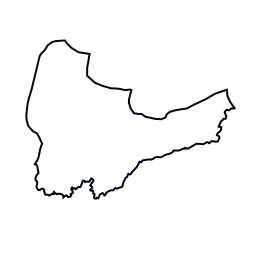 the district of Zota, Bong, Liberia, rotated 188°
{"feature_id": "62588387B17056544161092", "entity_name": "Zota", "entity_type": "district", "adm_level": 2, "iso_a3": "LBR", "parent_name": "Liberia", "parent_adm1": "Bong", "projection": "orthographic", "projection_center": [-9.445, 7.274], "detail": "fine", "context": "isolated", "style": "outline", "palette": "ink", "viewbox_px": 256, "rotation_deg": 188, "n_neighbors": 0, "source": "geoboundaries", "source_scale": "gbopen_adm2", "svg_char_len": 3523}
<svg xmlns="http://www.w3.org/2000/svg" viewBox="0 0 256 256"><g transform="rotate(188 128 128)"><path d="M212.0,203.9L215.1,202.5L219.0,198.7L221.3,193.4L223.9,190.1L224.2,189.7L225.5,186.8L226.9,172.5L226.9,172.0L227.9,162.1L228.0,161.4L228.7,153.9L230.2,144.2L230.7,138.4L230.8,137.7L230.7,134.4L230.5,126.3L229.3,121.2L229.2,121.0L226.9,115.9L221.7,111.6L217.3,109.9L214.5,106.3L214.5,106.2L211.8,101.9L210.9,100.9L212.1,94.4L212.2,92.3L212.4,87.9L212.4,87.0L213.2,83.8L215.2,79.2L213.8,78.9L212.3,77.2L212.0,75.6L210.7,72.1L210.4,70.9L211.9,68.6L212.7,65.9L212.3,63.6L211.1,62.8L210.2,61.5L210.4,58.8L210.5,57.3L209.8,55.7L208.0,54.1L206.4,54.4L205.7,55.3L204.6,56.0L203.8,56.0L203.0,55.5L202.5,55.3L202.3,53.5L201.5,52.2L200.9,50.8L200.4,50.4L198.9,50.7L197.7,50.8L196.6,50.1L195.0,51.2L194.6,51.8L194.0,52.2L193.3,52.1L192.3,52.2L192.0,52.9L192.7,53.9L192.4,54.5L191.4,53.7L189.5,52.5L188.5,53.1L187.2,53.2L185.6,53.4L184.6,53.1L183.8,52.8L183.0,52.4L182.6,52.0L182.3,50.3L180.4,52.4L179.2,52.6L177.8,51.3L175.9,51.8L175.0,52.5L174.8,53.2L175.6,54.3L174.7,55.3L173.6,55.8L174.0,57.5L175.6,59.3L175.6,60.4L175.1,61.2L174.0,59.9L173.3,60.7L172.5,61.0L171.3,60.1L169.1,62.6L168.9,62.9L167.7,62.7L166.8,63.0L165.4,69.1L165.0,69.7L163.5,69.4L163.0,68.5L161.6,69.2L160.1,69.2L158.9,69.4L157.9,71.4L157.4,72.9L156.9,72.8L156.4,72.6L155.5,72.1L154.8,71.1L157.4,65.9L155.4,64.7L155.1,64.1L156.8,61.4L155.8,60.7L154.9,61.2L154.5,61.3L154.0,61.1L153.2,58.4L153.2,58.2L152.3,58.0L151.9,57.8L151.9,55.8L151.9,54.4L151.1,53.6L149.9,53.5L148.9,54.7L147.6,54.3L147.0,56.7L146.7,58.1L145.6,58.9L144.4,59.9L143.9,59.9L142.9,59.0L142.1,57.9L141.0,59.1L140.5,60.3L140.5,60.9L138.7,62.5L135.6,64.2L133.9,64.2L132.9,66.2L131.9,66.8L130.9,66.3L126.0,68.7L125.2,69.8L125.2,72.6L124.4,75.3L123.6,77.9L122.1,79.5L121.6,82.0L121.3,82.6L121.0,82.5L119.6,82.2L118.5,83.2L118.0,84.7L113.8,90.7L112.4,94.5L111.8,96.2L110.2,96.0L109.5,97.3L108.8,98.0L108.7,98.0L105.9,98.9L103.2,99.8L101.1,99.9L100.7,99.9L99.9,100.4L98.6,101.1L97.7,102.3L94.9,103.4L92.7,103.4L91.7,103.4L91.2,103.9L90.6,104.1L88.9,105.2L87.7,106.4L86.3,107.0L82.8,108.5L80.5,110.2L79.7,112.0L77.4,112.4L74.7,112.7L70.5,115.1L69.0,116.0L68.9,115.9L68.9,116.2L65.8,115.9L65.7,115.9L58.1,121.9L57.1,122.0L55.9,122.1L55.6,122.2L51.3,122.4L50.4,123.0L47.9,125.0L47.6,125.0L46.9,125.0L45.7,124.2L44.4,125.2L43.6,126.5L43.3,126.5L42.4,126.7L40.6,126.7L38.5,126.7L37.3,127.1L37.2,127.5L36.1,131.1L36.3,131.7L36.5,132.3L39.0,133.4L38.4,135.6L36.8,136.8L36.3,137.8L35.6,139.2L35.8,141.6L35.8,141.8L38.4,141.9L37.9,143.8L37.5,145.3L37.4,145.5L37.2,146.2L36.9,147.3L35.5,148.8L34.8,150.4L32.7,150.7L32.2,153.1L32.7,153.9L34.3,156.8L34.4,157.5L32.9,159.7L32.8,159.8L31.1,159.6L30.6,159.6L28.8,161.1L28.2,161.8L25.8,162.0L25.6,162.4L25.2,162.6L26.8,164.1L30.6,168.2L34.1,173.9L34.6,176.2L35.4,179.7L46.6,174.0L55.4,167.1L64.3,161.3L67.3,159.3L72.4,155.5L78.1,153.9L83.7,152.1L88.7,149.8L91.4,147.2L92.4,143.6L93.8,142.8L96.3,141.3L102.2,140.8L109.1,141.4L109.6,141.4L112.7,141.7L116.6,143.9L118.9,143.4L124.3,143.4L127.9,147.7L128.2,147.9L130.4,152.9L130.6,152.9L131.0,156.4L130.4,162.1L129.9,166.0L131.1,166.4L132.4,166.1L136.0,165.2L136.6,165.1L141.3,165.6L146.0,165.4L149.6,165.0L149.8,164.9L152.0,165.2L158.7,166.1L164.7,167.6L167.0,168.2L175.8,174.1L175.9,175.3L176.1,176.6L176.7,181.2L176.8,181.4L176.4,193.6L176.3,196.0L177.0,196.0L187.5,196.1L189.1,196.8L189.8,197.1L195.0,199.4L199.7,202.8L202.8,205.9L211.7,204.0L212.0,203.9Z" fill="none" stroke="#020617" stroke-width="2"/></g></svg>